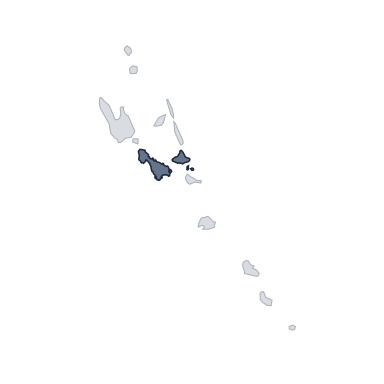 location of Malampa within Vanuatu, rotated 347°
{"feature_id": "VUT-563", "entity_name": "Malampa", "entity_type": "Province", "adm_level": 1, "iso_a3": "VUT", "parent_name": "Vanuatu", "parent_adm1": "", "projection": "robinson", "projection_center": [167.696, -16.227], "detail": "fine", "context": "in_parent", "style": "filled", "palette": "slate", "viewbox_px": 384, "rotation_deg": 347, "n_neighbors": 0, "source": "natural_earth", "source_scale": "10m", "svg_char_len": 5157}
<svg xmlns="http://www.w3.org/2000/svg" viewBox="0 0 384 384"><g transform="rotate(347 192 192)"><path d="M130.7,88.6L133.5,104.5L136.6,104.5L138.2,103.7L140.1,99.9L140.9,94.1L142.5,93.2L144.6,93.9L143.7,95.7L144.3,100.4L145.9,103.0L147.0,103.5L149.1,115.7L149.9,118.3L149.8,120.3L145.4,124.9L138.8,124.8L134.1,127.5L131.3,127.3L131.3,124.2L128.8,121.8L125.9,116.5L126.6,107.1L121.5,89.7L121.5,85.4L123.2,79.7L124.9,79.5L127.2,84.2L130.7,88.6ZM158.8,149.7L160.7,150.7L161.8,150.7L162.4,153.1L168.4,157.7L170.1,157.6L171.5,160.2L174.1,161.4L174.8,164.0L176.6,166.7L173.4,169.9L167.2,169.1L163.6,172.7L160.4,171.8L159.8,169.9L160.3,169.2L158.3,164.3L157.5,156.9L156.2,152.5L154.7,150.6L151.8,152.3L150.6,152.5L147.8,148.9L149.2,141.6L149.9,139.5L152.1,139.1L155.6,141.1L158.8,149.7ZM239.2,286.5L237.3,288.8L235.6,288.6L224.7,283.2L225.2,281.0L224.7,275.3L225.9,272.2L228.9,271.0L231.3,271.6L232.7,276.2L235.9,278.0L233.7,279.6L237.6,283.0L239.2,286.5ZM202.1,219.3L206.3,226.1L208.0,226.6L205.4,231.6L200.2,232.0L194.0,230.7L196.3,229.0L195.1,227.1L193.2,226.8L191.1,227.7L190.1,227.4L191.4,224.2L194.9,219.7L195.9,219.4L196.8,219.3L197.7,219.7L202.1,219.3ZM195.9,161.3L191.1,161.7L184.4,160.2L181.7,158.2L180.5,156.1L182.8,154.5L186.2,153.8L190.4,149.0L191.8,150.8L193.4,156.2L195.1,157.8L196.0,159.4L195.9,161.3ZM245.7,315.4L243.5,320.6L239.7,319.4L236.1,315.6L234.3,312.3L235.5,306.0L237.4,304.9L239.3,305.2L240.2,311.4L245.7,315.4ZM192.4,143.6L191.7,143.7L191.0,141.5L188.7,129.7L190.2,119.2L191.2,121.4L194.7,139.9L194.3,142.9L192.4,143.6ZM202.2,182.5L203.5,183.2L202.8,185.2L197.0,183.0L192.4,183.8L191.1,183.7L189.7,181.9L188.7,178.3L189.1,175.7L191.1,173.9L191.8,173.6L193.3,175.8L194.6,177.3L195.9,178.0L198.8,181.6L202.2,182.5ZM179.8,117.9L176.9,120.1L171.7,119.9L169.8,118.7L176.2,112.0L183.6,110.6L179.8,117.9ZM166.0,61.4L164.3,63.8L159.5,63.0L158.4,62.4L158.7,58.4L159.9,57.0L162.7,55.7L166.6,57.7L166.0,61.4ZM162.0,44.4L161.4,44.9L160.4,44.5L157.9,38.7L158.5,36.7L161.7,34.9L164.4,38.1L164.7,39.9L164.7,41.4L164.3,42.7L162.4,43.3L162.0,44.4ZM191.4,112.8L190.7,115.8L189.0,112.3L187.9,97.8L188.3,96.4L189.2,96.3L191.4,106.4L191.4,112.8ZM262.5,346.5L261.0,349.1L258.8,349.1L255.9,347.2L256.4,344.9L259.7,344.5L260.7,344.6L262.5,346.5ZM150.7,131.8L149.9,133.0L145.4,129.9L146.5,126.9L151.3,128.0L150.7,131.8Z" fill="#d9dde1" stroke="#a8b0b8" stroke-width="1"/><path d="M175.6,165.2L176.0,165.2L176.4,165.8L176.6,166.6L176.9,167.1L175.9,168.2L175.6,168.4L175.1,168.5L174.8,168.8L174.6,169.3L174.2,169.8L173.9,170.3L173.9,170.7L173.9,171.1L173.4,171.3L172.7,171.4L172.4,171.0L172.3,170.4L172.0,170.0L171.6,169.9L170.5,169.6L170.3,169.5L170.0,169.1L169.4,169.1L168.8,169.2L168.4,169.2L167.6,168.8L166.7,169.2L165.8,169.9L165.3,170.4L165.6,170.7L165.7,170.8L165.9,170.9L166.3,171.0L165.9,171.6L165.4,171.9L164.3,172.0L163.4,173.0L163.1,172.9L162.8,172.7L162.6,172.7L162.5,173.3L162.3,173.3L161.9,172.8L160.8,172.4L160.2,171.3L159.7,170.8L159.2,170.1L159.1,169.0L159.4,169.0L159.5,169.3L159.8,169.6L160.1,169.8L160.5,170.0L160.4,169.2L160.2,168.2L159.8,167.3L158.7,165.8L158.6,165.3L158.5,164.6L158.5,163.7L158.5,163.4L158.3,163.1L158.0,162.9L157.8,162.9L157.6,162.8L157.5,161.7L157.6,158.8L157.8,158.2L157.3,155.9L157.3,155.6L157.3,154.7L157.2,154.3L157.0,154.2L156.8,154.2L156.7,154.0L156.5,153.2L155.0,150.6L154.4,151.0L154.1,151.3L153.9,150.9L153.2,151.8L151.3,153.2L150.3,152.2L149.7,152.0L149.3,152.2L149.0,151.7L148.9,151.3L148.8,150.8L148.7,150.3L148.4,149.8L148.0,149.4L147.7,149.1L147.5,148.4L147.7,147.3L149.0,144.6L148.8,141.5L148.8,140.8L149.0,140.4L149.1,140.1L149.3,139.8L149.7,139.7L151.0,138.7L155.6,140.7L155.5,142.4L158.1,145.9L157.3,147.6L157.9,147.8L158.3,148.2L158.5,148.6L158.2,149.3L158.6,149.6L158.9,150.0L159.3,150.4L160.1,150.7L160.8,151.4L161.2,151.6L161.4,151.4L161.3,150.9L161.1,150.1L161.3,150.0L161.6,150.5L162.2,151.6L162.2,152.0L161.9,152.5L161.9,152.9L162.9,153.4L163.1,153.6L163.4,153.6L163.5,153.3L163.6,153.2L163.8,153.1L163.9,152.9L164.1,153.4L164.2,154.0L164.5,154.5L164.8,154.9L165.3,155.2L166.3,155.6L166.8,155.9L167.8,156.8L168.3,157.7L168.9,158.0L170.0,157.5L170.4,157.8L170.6,157.8L170.6,158.2L170.3,158.9L171.0,159.8L172.9,161.4L173.9,161.2L174.5,162.3L174.9,164.7L174.1,166.3L174.0,167.2L174.6,167.7L174.7,166.8L174.8,166.2L175.1,165.7L175.6,165.2ZM191.1,161.8L190.6,162.0L189.9,162.3L189.4,162.5L188.8,162.3L188.3,161.8L187.8,161.4L187.2,161.3L186.7,161.4L185.6,160.6L185.0,160.5L184.4,160.8L184.0,160.2L182.6,159.3L181.9,158.7L181.3,158.3L180.6,157.9L180.2,157.5L180.4,156.8L179.8,156.3L180.4,155.6L181.4,155.1L182.6,154.8L183.2,154.3L183.7,154.2L185.5,154.2L186.4,153.7L188.0,151.9L188.5,151.6L188.8,151.3L189.4,149.4L189.8,149.2L190.7,148.9L191.5,149.9L192.2,151.5L193.0,154.5L193.2,156.0L194.0,156.9L197.0,158.7L197.3,159.1L197.3,159.8L197.0,160.4L195.6,161.6L191.1,161.8ZM192.4,168.1L192.8,166.3L193.3,165.9L194.4,165.7L194.0,166.5L194.0,168.1L193.7,168.9L193.0,169.4L192.3,169.3L192.0,168.9L192.4,168.1ZM197.3,171.0L196.7,170.8L196.4,170.3L195.9,169.0L197.1,168.7L197.6,168.7L198.1,169.0L198.6,169.8L198.6,170.5L198.2,171.0L197.3,171.0Z" fill="#64748b" stroke="#1e293b" stroke-width="1.5"/></g></svg>